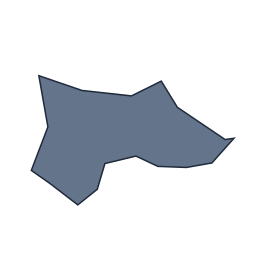 Livadia Lefosias, Nicosia, Cyprus (Mercator projection), rotated 170°
{"feature_id": "46923920B98591883747598", "entity_name": "Livadia Lefosias", "entity_type": "district", "adm_level": 2, "iso_a3": "CYP", "parent_name": "Cyprus", "parent_adm1": "Nicosia", "projection": "mercator", "projection_center": [33.012, 34.95], "detail": "fine", "context": "isolated", "style": "filled", "palette": "slate", "viewbox_px": 256, "rotation_deg": 170, "n_neighbors": 0, "source": "geoboundaries", "source_scale": "gbopen_adm2", "svg_char_len": 381}
<svg xmlns="http://www.w3.org/2000/svg" viewBox="0 0 256 256"><g transform="rotate(170 128 128)"><path d="M206.7,195.0L206.7,143.0L230.6,103.0L214.6,87.0L190.8,61.0L168.9,73.0L156.9,97.0L125.1,99.0L105.2,85.0L77.3,79.0L51.4,79.0L40.8,87.4L25.4,99.5L34.4,99.8L75.8,139.8L87.1,168.4L119.1,159.0L166.9,173.0L206.7,195.0Z" fill="#64748b" stroke="#1e293b" stroke-width="1.5"/></g></svg>